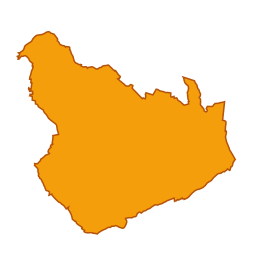 the district of Rosia De Amaradia, Gorj, Romania, rotated 85°
{"feature_id": "2599482B83031616378159", "entity_name": "Rosia De Amaradia", "entity_type": "district", "adm_level": 2, "iso_a3": "ROU", "parent_name": "Romania", "parent_adm1": "Gorj", "projection": "equal_earth", "projection_center": [23.734, 45.043], "detail": "fine", "context": "isolated", "style": "filled", "palette": "amber", "viewbox_px": 256, "rotation_deg": 85, "n_neighbors": 0, "source": "geoboundaries", "source_scale": "gbopen_adm2", "svg_char_len": 5781}
<svg xmlns="http://www.w3.org/2000/svg" viewBox="0 0 256 256"><g transform="rotate(85 128 128)"><path d="M155.3,224.1L156.8,223.9L157.1,224.3L160.6,221.5L161.7,221.3L163.5,221.5L165.0,221.3L165.7,220.8L167.1,221.4L168.4,221.2L169.1,220.6L170.5,220.2L171.1,219.3L171.5,219.0L173.9,218.2L176.1,217.2L177.6,216.9L179.7,216.0L181.1,215.7L182.7,215.2L183.3,214.8L183.4,213.7L184.6,212.0L186.3,212.0L188.1,212.6L188.0,212.1L187.5,211.2L187.5,210.3L187.3,209.9L187.3,209.7L187.8,209.9L192.0,206.8L195.7,203.6L196.3,202.4L197.1,201.4L198.1,200.7L199.2,199.3L200.4,198.2L203.2,196.6L201.7,194.2L202.9,194.7L204.1,194.7L205.6,193.6L209.0,192.2L211.7,191.6L214.0,191.4L216.4,188.9L216.3,188.4L216.8,187.9L218.3,187.6L219.3,186.8L220.3,185.7L221.6,183.9L222.7,182.8L223.0,182.2L223.3,182.2L223.8,182.7L224.2,182.9L225.5,181.4L226.1,180.2L226.4,180.2L227.4,180.8L227.8,180.4L228.3,179.5L228.7,178.5L229.0,176.6L229.0,174.1L229.3,172.4L229.8,172.1L230.2,169.7L230.9,167.9L229.5,166.2L228.6,164.2L228.0,163.2L226.4,158.6L225.5,157.0L225.3,156.3L225.4,154.0L224.4,152.9L224.7,150.6L224.1,148.9L225.1,146.7L226.1,145.4L226.4,144.5L227.3,142.5L227.4,141.7L226.9,140.6L226.2,139.9L224.1,138.5L221.8,137.5L220.6,137.4L219.7,137.6L218.2,138.5L217.9,138.4L217.6,137.5L217.6,135.7L217.4,134.6L217.8,131.9L217.0,130.2L216.9,128.2L216.3,127.3L214.6,126.5L213.8,125.9L212.8,124.0L212.8,123.5L213.9,122.3L212.2,119.7L212.0,119.1L212.0,118.0L210.6,115.4L210.0,113.1L209.0,111.8L206.9,107.9L206.9,107.4L207.4,105.0L206.9,103.9L206.4,101.5L206.0,99.9L205.5,99.4L204.7,96.9L203.9,95.5L201.9,88.4L201.9,88.1L205.1,88.0L204.7,86.8L204.8,86.4L204.3,86.0L203.5,84.3L203.6,84.2L204.1,84.2L203.9,82.8L202.4,80.2L202.6,80.0L203.3,80.1L203.4,78.3L204.0,78.2L203.1,75.4L201.8,73.3L200.2,71.7L198.3,69.6L196.2,66.5L195.4,64.4L195.1,62.2L193.8,58.5L193.0,57.5L192.2,56.2L189.6,53.8L187.5,49.5L185.0,47.2L181.4,42.4L181.1,39.2L179.9,37.2L179.8,35.8L180.0,35.6L179.1,34.6L178.9,34.0L178.3,33.0L177.5,32.6L178.3,31.1L179.0,30.8L179.1,30.5L178.9,30.1L175.7,28.8L175.5,27.9L174.1,27.1L172.5,26.7L171.2,26.0L169.4,24.6L168.8,23.9L163.4,26.3L158.4,28.8L156.5,29.1L150.5,31.0L145.6,31.7L141.2,30.4L139.7,30.4L139.7,31.4L134.8,30.7L132.5,30.1L130.6,29.9L130.1,30.0L129.1,31.1L128.6,33.1L110.2,29.5L110.6,31.0L110.8,34.0L111.3,36.1L111.1,39.0L112.6,40.8L113.5,41.4L113.9,42.4L113.4,47.1L115.7,48.4L116.9,47.6L117.9,47.6L118.8,48.6L118.4,49.6L117.8,50.5L117.4,50.7L116.2,50.7L115.0,51.1L114.5,51.6L114.3,52.1L113.6,52.2L112.5,52.9L111.9,53.5L110.9,53.8L109.5,53.7L108.8,53.4L105.9,53.3L105.3,53.5L103.6,54.4L103.0,53.6L102.5,53.3L100.9,52.8L100.0,52.9L98.4,53.6L96.0,54.1L95.5,54.6L94.9,54.9L92.9,55.5L92.5,55.4L91.2,55.7L88.3,57.3L86.9,57.6L86.7,57.8L82.1,68.6L83.3,68.1L85.7,67.9L88.4,67.1L89.0,66.4L89.7,66.2L91.1,64.5L91.5,64.4L93.8,64.2L94.8,64.6L95.8,64.7L96.4,64.9L96.9,65.4L97.5,65.8L104.4,65.7L106.8,64.9L107.0,65.7L109.3,65.5L110.2,70.1L106.3,73.7L105.2,75.2L104.5,76.0L103.0,76.4L102.2,77.0L102.4,79.3L100.5,79.4L101.0,81.9L100.7,82.6L99.3,82.6L96.8,82.3L96.0,85.7L96.0,87.3L94.8,89.7L93.8,93.1L92.4,94.7L91.8,96.5L97.2,100.3L94.5,107.0L95.3,107.2L95.9,107.8L96.5,107.6L98.8,107.7L100.4,108.3L99.4,110.3L99.4,110.6L100.0,111.1L99.7,111.5L88.7,120.4L87.5,120.0L86.4,119.4L85.8,119.8L85.0,121.4L85.3,122.2L86.2,123.2L86.3,123.6L86.1,125.6L85.8,126.3L85.6,126.8L83.8,128.2L82.7,129.5L81.4,130.7L80.6,131.7L79.0,133.0L78.2,134.0L77.7,132.9L77.8,132.3L77.1,132.0L77.1,131.6L76.0,131.2L74.4,132.7L69.9,135.3L69.7,135.5L70.1,136.2L69.4,136.5L68.7,137.7L67.2,138.8L63.6,142.0L63.7,143.7L63.9,144.9L63.8,146.2L64.0,147.5L64.4,148.3L65.3,149.4L65.3,150.7L66.3,152.7L66.6,154.3L64.1,157.8L63.8,159.3L64.2,160.7L64.1,161.9L64.9,163.2L63.8,163.7L63.4,164.2L63.2,165.4L63.4,166.8L63.0,168.0L61.9,169.5L60.9,168.9L60.5,170.0L60.7,170.9L60.0,172.2L59.1,173.3L58.9,174.2L57.2,175.5L55.6,176.0L51.8,176.6L49.1,177.9L45.9,178.6L45.0,179.3L44.6,179.0L43.9,179.2L42.5,179.1L42.0,179.8L42.1,180.1L41.5,182.3L41.5,183.0L41.9,183.3L41.1,183.8L40.5,184.5L40.4,185.3L39.8,186.7L38.8,188.5L36.5,189.4L35.2,190.4L34.9,190.8L33.6,190.4L32.7,190.6L28.1,193.5L27.0,196.1L26.3,197.1L25.5,197.8L25.1,198.8L25.4,200.8L26.9,203.8L27.1,204.6L27.5,206.8L27.6,210.4L28.2,211.8L29.4,213.4L30.8,214.9L32.9,216.3L33.4,216.8L34.9,219.7L36.5,222.5L37.4,223.6L40.1,224.8L41.7,225.9L42.2,226.7L42.5,227.6L43.6,229.0L43.5,230.3L43.6,230.6L44.6,229.4L44.9,229.5L46.4,230.2L46.6,230.6L46.9,230.6L46.7,230.9L46.9,231.4L46.9,232.0L47.2,232.1L47.3,232.0L47.2,231.6L48.0,231.1L49.9,231.5L49.9,231.3L49.8,230.6L47.6,228.4L47.2,227.9L47.5,226.3L47.2,225.7L47.0,224.2L47.7,222.9L50.2,220.9L52.2,220.3L53.5,219.4L53.8,218.8L55.2,217.7L55.3,217.3L57.2,217.9L57.7,217.4L58.5,217.9L58.8,217.6L58.8,217.3L60.1,217.6L63.1,219.2L66.7,220.4L69.0,221.4L70.9,221.8L71.0,221.3L70.8,220.8L71.0,220.1L74.4,220.9L74.6,219.8L79.4,220.9L81.0,221.4L79.4,223.4L80.5,223.7L81.5,223.0L82.2,223.1L82.7,222.8L82.1,222.3L82.3,221.9L82.9,221.9L82.7,221.0L83.2,220.3L83.2,219.9L84.5,220.2L84.8,219.7L85.7,219.8L86.1,220.2L85.9,222.6L86.9,222.8L87.3,223.1L87.5,222.0L87.9,221.8L87.9,221.2L88.1,220.7L89.8,220.7L91.9,221.0L92.6,218.8L93.0,217.9L95.9,218.1L96.6,216.3L97.7,215.7L98.9,215.5L101.6,212.4L102.5,210.9L104.5,210.4L105.4,209.9L107.5,208.2L111.5,206.2L113.4,204.4L117.1,200.3L118.5,199.1L119.7,198.8L123.6,198.6L128.9,197.5L128.6,197.7L128.5,198.1L128.5,199.4L128.8,201.4L129.0,203.5L130.3,203.5L133.6,204.1L135.2,204.6L136.6,204.8L137.0,204.4L137.5,204.2L137.7,204.7L138.0,204.9L137.7,205.5L137.8,205.8L139.5,206.9L140.6,206.4L141.5,207.9L143.8,209.5L145.0,209.7L145.3,209.3L146.6,208.5L147.1,209.5L148.0,212.7L149.7,214.5L150.2,215.5L150.8,216.2L151.4,217.6L152.8,218.1L154.1,219.4L154.5,220.1L155.6,221.0L155.5,223.2L155.3,224.1Z" fill="#f59e0b" stroke="#b45309" stroke-width="1.5"/></g></svg>